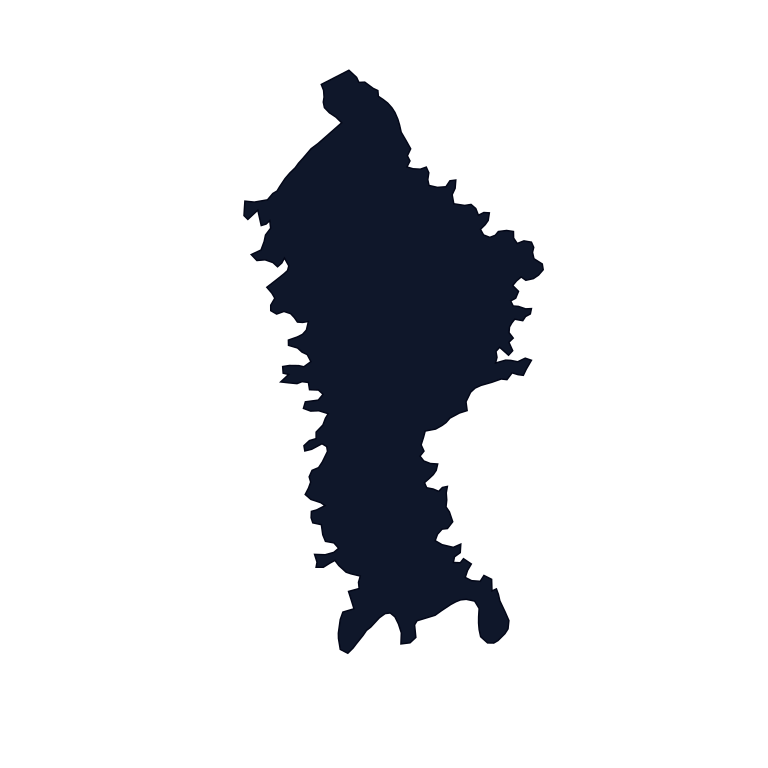 outline of Braganey, Paraná, Brazil, rotated 140°
{"feature_id": "56859067B30256508562253", "entity_name": "Braganey", "entity_type": "district", "adm_level": 2, "iso_a3": "BRA", "parent_name": "Brazil", "parent_adm1": "Paraná", "projection": "mercator", "projection_center": [-53.08, -24.789], "detail": "fine", "context": "isolated", "style": "filled", "palette": "ink", "viewbox_px": 768, "rotation_deg": 140, "n_neighbors": 0, "source": "geoboundaries", "source_scale": "gbopen_adm2", "svg_char_len": 4083}
<svg xmlns="http://www.w3.org/2000/svg" viewBox="0 0 768 768"><g transform="rotate(140 384 384)"><path d="M538.1,174.0L530.4,169.0L522.5,169.4L515.4,179.8L510.9,181.4L493.5,174.0L485.6,173.4L474.7,172.2L468.9,171.0L464.1,169.4L459.4,166.2L454.1,159.4L455.4,150.9L461.2,144.8L465.2,140.1L469.0,134.7L472.4,128.3L471.1,119.1L466.4,115.0L461.6,114.2L451.9,115.0L446.4,116.7L440.4,122.5L437.8,131.3L434.6,143.5L431.6,149.3L429.6,154.8L434.3,156.1L427.1,165.2L430.5,173.1L437.1,171.0L443.3,177.0L446.1,183.6L439.8,187.5L432.8,190.0L435.4,199.1L440.4,198.0L445.6,202.7L441.1,206.3L434.0,205.8L428.1,212.0L435.9,214.3L442.8,223.6L445.5,231.1L439.6,234.5L432.8,235.5L428.3,232.5L419.9,234.3L416.1,244.0L415.5,250.0L410.5,254.8L406.3,260.6L401.3,264.8L405.8,267.2L411.1,266.6L413.8,271.9L418.0,277.1L416.4,282.4L410.0,282.6L404.5,282.9L399.5,284.3L394.3,288.2L399.6,293.3L403.0,299.5L402.8,305.6L396.5,306.9L394.7,313.5L387.8,317.9L382.7,321.5L373.4,316.3L365.9,314.9L361.2,314.6L355.5,315.5L344.9,313.3L337.4,310.2L332.6,317.7L323.0,322.0L316.8,322.3L310.6,320.6L300.3,316.0L291.0,312.5L287.0,308.3L278.7,310.2L275.3,305.0L271.7,301.1L265.5,303.9L255.8,307.4L259.2,313.0L267.3,315.1L271.7,320.6L275.5,324.1L285.1,328.4L280.3,331.8L277.3,337.0L271.8,337.8L270.1,326.0L264.0,326.8L261.5,335.7L255.5,336.1L255.2,343.0L251.2,347.0L246.9,348.6L242.2,349.6L237.0,343.3L232.2,344.7L226.9,343.6L222.6,347.0L227.2,350.5L231.2,357.1L234.9,360.7L233.6,366.2L227.9,365.1L221.4,368.5L222.1,376.7L216.2,377.8L210.1,377.8L208.7,372.3L201.8,368.7L195.6,368.1L188.6,369.2L185.6,374.2L188.6,383.6L185.6,389.4L181.5,392.4L179.9,397.9L184.8,403.7L191.6,406.0L190.9,412.5L186.8,417.6L191.4,422.8L198.4,427.3L203.2,426.4L208.7,428.3L211.9,434.2L210.7,440.5L204.1,441.0L199.1,442.3L193.3,447.4L197.3,451.2L203.2,452.6L200.9,459.4L201.9,465.6L207.4,468.9L214.7,477.2L210.1,485.2L203.7,488.2L197.9,494.1L202.9,497.3L209.8,495.3L216.7,500.3L221.9,507.2L219.1,512.4L213.9,517.0L212.2,523.0L218.1,525.2L223.4,530.2L226.9,535.5L220.7,538.2L219.4,543.8L212.4,547.0L210.7,555.8L209.0,565.8L205.6,572.4L203.2,577.9L201.1,584.9L200.4,590.3L200.6,596.9L201.8,602.5L203.4,608.0L200.1,612.7L202.3,617.5L204.7,627.6L209.4,631.2L207.9,636.5L209.2,646.9L239.5,653.8L241.5,647.8L245.5,642.3L249.3,639.0L252.0,634.0L251.5,626.8L249.3,619.4L248.5,611.3L280.3,610.6L288.5,611.1L293.8,610.2L301.6,608.9L307.5,608.1L313.1,606.7L320.3,606.2L327.6,605.0L337.2,602.2L341.9,600.6L346.7,601.4L354.9,600.0L366.4,606.7L373.0,613.5L378.2,608.1L383.0,603.0L382.5,597.6L368.9,598.3L376.2,584.3L371.5,582.3L366.5,582.6L370.7,576.2L379.0,574.3L384.2,570.2L392.1,565.7L402.5,568.5L402.0,560.3L395.3,555.6L391.0,548.4L390.2,542.2L384.5,542.4L379.3,544.5L381.0,535.7L385.0,532.9L390.2,532.7L398.3,532.9L411.6,533.4L411.5,525.7L412.5,519.9L420.1,517.2L423.6,513.0L421.3,506.6L414.0,503.9L410.3,497.9L410.0,492.5L410.5,487.1L406.8,483.5L401.7,480.5L408.8,475.2L414.5,474.4L420.3,475.8L429.0,479.1L432.3,475.0L427.1,467.2L426.3,461.1L423.9,455.9L425.6,448.1L434.3,448.7L437.5,452.9L444.6,459.0L450.4,462.5L454.3,457.1L450.9,452.6L461.8,452.0L456.1,446.0L450.4,440.2L445.3,438.5L440.9,433.8L444.7,427.5L438.1,421.5L437.3,415.3L444.7,413.9L455.7,420.9L461.4,417.1L457.6,410.4L451.1,405.4L445.8,397.1L450.9,395.4L457.1,391.9L466.9,390.8L471.1,385.8L477.5,388.6L485.0,388.2L487.7,383.6L481.4,380.5L475.2,379.2L469.9,378.1L468.1,372.9L470.6,368.7L481.4,363.9L487.9,362.0L494.6,364.1L501.0,361.0L503.2,356.0L508.7,352.8L515.4,350.0L514.2,342.6L508.7,333.7L507.4,328.7L516.7,330.9L521.5,333.1L525.8,328.4L527.8,323.4L522.4,316.5L527.8,307.9L530.0,301.1L524.5,294.5L524.3,287.3L530.7,287.3L538.8,291.0L546.7,298.1L549.8,290.6L553.8,287.3L548.3,282.6L540.3,281.5L535.0,280.4L535.3,273.9L534.0,264.2L531.3,259.8L525.6,252.1L531.0,248.5L534.5,243.3L544.5,247.9L547.8,239.9L551.5,231.1L562.1,235.7L568.9,231.7L579.1,222.5L582.4,218.4L588.1,208.8L584.8,201.0L577.4,201.6L572.6,202.7L561.6,204.9L555.8,206.5L550.4,206.3L537.8,207.9L530.7,207.4L526.4,204.6L525.3,198.6L527.2,190.8L530.7,182.2L538.1,174.0Z" fill="#0f172a" stroke="#020617" stroke-width="1.5"/></g></svg>